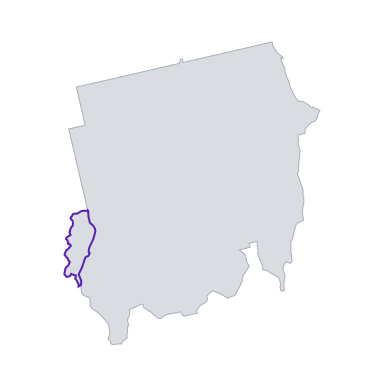 Western Darfur highlighted on a map of Sudan, rotated 347°
{"feature_id": "SDN-5858", "entity_name": "Western Darfur", "entity_type": "State", "adm_level": 1, "iso_a3": "SDN", "parent_name": "Sudan", "parent_adm1": "", "projection": "robinson", "projection_center": [22.739, 13.89], "detail": "fine", "context": "in_parent", "style": "outline", "palette": "violet", "viewbox_px": 384, "rotation_deg": 347, "n_neighbors": 0, "source": "natural_earth", "source_scale": "10m", "svg_char_len": 5521}
<svg xmlns="http://www.w3.org/2000/svg" viewBox="0 0 384 384"><g transform="rotate(347 192 192)"><path d="M259.9,308.7L256.7,308.7L256.3,307.8L256.3,305.4L256.7,303.7L257.9,300.9L257.5,299.3L257.7,297.1L256.8,294.6L249.1,287.4L247.5,285.4L243.4,283.6L244.1,281.5L242.2,266.8L243.1,265.1L243.3,262.5L243.2,260.2L244.2,256.4L244.3,254.8L236.1,254.7L236.0,256.4L236.4,258.2L236.4,258.9L225.0,259.0L229.6,264.7L229.8,267.3L229.6,270.4L229.7,272.5L230.0,273.8L231.2,276.4L231.1,276.9L230.9,277.5L222.8,285.2L221.5,288.8L220.5,290.7L218.1,293.8L210.8,302.1L209.6,302.6L204.0,302.9L203.4,303.1L203.0,303.5L202.8,303.4L197.9,298.6L189.8,292.7L184.4,295.8L183.0,296.9L183.0,299.7L182.2,301.1L180.7,302.7L176.8,303.7L174.7,304.5L172.3,306.1L169.9,308.7L169.7,310.1L170.0,311.3L156.3,311.3L155.4,310.3L153.4,305.9L152.0,306.2L139.5,305.7L137.7,306.1L134.2,307.9L132.4,308.2L130.5,307.4L124.0,298.8L122.5,297.8L121.1,295.7L119.7,294.8L119.2,294.2L119.0,293.3L119.1,291.4L118.6,290.2L117.6,289.9L108.8,291.9L107.5,291.7L105.6,292.1L105.0,292.4L104.3,293.5L104.1,295.9L103.9,297.1L103.3,298.4L100.7,301.3L100.2,302.6L100.3,305.8L100.2,307.4L99.8,308.1L98.7,309.4L98.3,310.1L97.8,314.2L96.5,316.7L96.2,317.6L96.1,319.4L95.9,319.9L91.9,321.3L90.4,322.2L89.5,323.6L89.3,324.2L87.5,323.7L85.4,323.4L81.2,322.9L79.6,322.3L78.8,321.3L79.0,318.8L78.6,318.3L77.9,317.8L77.5,316.7L77.6,315.4L79.8,312.6L80.2,311.0L80.8,303.8L80.6,301.6L78.9,297.6L74.9,290.6L73.9,289.2L68.9,283.5L68.3,282.6L67.1,280.2L68.4,274.9L68.5,273.4L68.2,271.9L66.9,270.7L65.8,270.6L64.3,269.2L63.4,268.5L62.5,267.3L61.9,265.5L62.3,259.3L62.0,258.4L60.8,258.2L60.5,257.8L60.5,256.6L59.8,253.0L59.1,250.0L59.5,248.4L58.4,246.2L56.4,245.2L52.4,246.0L51.2,245.8L50.3,245.4L49.7,244.6L49.4,243.6L49.7,242.2L50.8,239.5L52.2,237.3L55.1,235.3L55.9,234.3L56.3,233.1L56.4,231.8L56.2,230.3L55.9,229.0L55.0,227.3L54.2,225.3L54.2,223.9L54.6,222.9L55.4,221.8L58.2,219.4L61.1,217.5L61.6,216.9L61.4,216.0L60.1,214.5L59.7,211.4L58.9,209.3L60.4,207.6L61.5,207.1L63.2,206.6L63.9,205.9L64.1,204.6L64.0,203.4L64.6,202.5L65.5,200.5L66.1,199.6L68.3,197.3L68.8,195.8L69.0,194.4L68.4,190.1L69.7,188.3L71.3,186.8L73.6,186.9L77.3,186.5L79.8,185.9L81.6,185.9L85.6,186.7L86.1,186.4L86.3,185.2L86.1,102.9L102.8,102.9L103.0,102.8L102.9,63.8L208.1,63.8L208.9,63.7L210.5,60.1L211.2,59.8L212.3,60.0L212.7,60.8L211.9,63.8L303.7,63.8L304.0,68.3L304.8,71.8L307.5,76.9L309.8,79.6L310.6,81.2L310.7,81.9L310.6,82.5L309.9,81.8L308.8,81.2L308.7,83.6L309.3,88.5L310.3,91.9L309.8,95.1L310.0,100.4L311.3,106.9L311.1,111.0L313.2,120.5L315.2,125.9L316.3,127.2L317.4,127.9L319.6,128.3L323.0,131.0L325.6,133.9L326.6,135.4L327.8,137.0L328.7,136.7L329.2,136.3L330.1,137.6L334.2,140.4L334.9,141.8L333.4,143.1L331.8,145.3L331.0,147.4L330.6,148.1L329.2,149.4L329.0,150.0L328.4,150.4L327.8,150.4L326.4,151.1L325.1,150.9L323.9,151.3L323.4,151.8L322.4,152.2L321.0,152.5L318.9,154.2L317.1,155.1L316.5,155.8L315.6,159.3L314.9,160.2L312.1,160.3L310.8,160.6L308.9,160.2L308.0,160.3L307.8,161.0L307.5,164.0L307.6,165.3L306.1,168.7L306.7,175.2L305.3,180.0L305.1,181.1L303.7,184.9L302.9,186.3L301.1,193.4L300.4,195.6L298.8,197.9L300.7,215.0L299.4,220.2L299.5,223.1L298.6,227.3L297.9,229.3L296.7,231.6L295.6,234.3L294.8,237.7L294.3,244.3L294.0,244.9L289.1,245.7L287.5,246.2L286.5,246.9L285.3,248.6L282.8,253.2L281.5,256.0L279.5,259.9L277.2,262.7L276.7,264.0L276.3,266.5L275.5,270.4L274.7,273.2L274.8,275.5L274.1,279.4L274.3,281.3L273.4,282.3L272.3,283.3L271.5,283.6L268.1,281.0L265.7,282.8L264.2,285.3L263.1,287.8L263.8,293.2L263.8,294.4L263.4,295.7L261.2,301.0L260.6,303.4L259.9,307.7L259.9,308.7Z" fill="#d9dde1" stroke="#a8b0b8" stroke-width="1"/><path d="M86.1,187.0L86.3,186.4L86.6,186.8L85.5,193.3L85.6,194.3L85.6,197.2L85.6,198.4L85.9,199.5L86.3,200.1L87.2,201.1L87.8,202.1L88.3,203.1L88.8,204.4L89.2,206.1L89.2,207.0L89.2,207.7L89.0,208.4L88.8,209.1L85.1,215.9L79.7,222.6L78.5,225.0L77.9,227.0L77.9,227.9L78.1,228.5L78.5,228.7L76.5,231.1L74.4,231.3L73.2,232.0L67.8,240.8L63.1,246.7L64.1,253.7L62.9,257.7L62.6,257.8L62.4,257.7L61.7,257.8L60.6,258.2L60.4,258.4L60.2,258.5L60.7,256.3L60.7,256.1L60.7,255.9L60.6,255.6L59.4,251.3L58.8,250.3L58.8,250.0L59.2,249.4L60.0,247.1L59.8,246.9L58.0,246.2L55.9,244.6L55.4,245.4L54.9,246.0L54.2,246.4L53.4,246.6L52.7,246.7L52.0,246.7L51.3,246.6L50.7,246.3L50.3,245.9L49.7,244.5L49.2,243.8L49.1,243.6L49.4,242.8L49.9,241.4L51.3,238.4L51.8,237.6L52.4,237.0L52.7,236.8L54.5,236.0L54.8,235.8L56.4,233.9L57.0,233.0L57.1,232.2L56.9,231.8L56.3,230.9L56.1,230.5L56.0,230.1L56.0,229.0L55.7,228.2L54.7,227.1L54.4,226.3L54.4,225.9L54.4,225.6L54.3,225.3L54.1,224.9L53.7,224.5L53.7,224.3L54.1,223.5L55.5,221.6L55.7,221.3L56.1,220.9L56.6,220.5L59.3,219.1L59.6,218.8L60.2,218.1L60.6,217.9L61.1,217.8L61.5,217.6L61.7,217.3L61.8,216.7L61.7,216.1L61.5,215.7L61.2,215.5L60.2,215.3L59.9,215.1L59.7,214.8L59.6,214.4L59.5,214.2L59.7,213.7L59.8,213.6L60.0,213.5L60.1,213.4L60.1,213.1L59.9,212.9L59.7,210.8L59.5,210.6L59.0,210.1L58.6,209.4L58.9,208.7L59.6,208.1L60.4,207.7L63.8,206.7L64.0,206.6L64.1,206.3L64.0,206.1L63.8,205.5L63.7,205.1L63.5,204.1L63.5,203.6L63.7,203.3L64.3,202.8L64.6,202.4L64.7,202.1L64.7,201.8L64.8,201.3L65.0,200.9L66.6,199.1L66.9,198.8L67.3,198.5L67.9,198.3L68.0,198.1L68.8,196.5L68.9,196.1L69.1,193.8L69.1,193.2L68.9,192.6L68.6,192.0L68.2,191.6L67.9,191.1L67.8,190.5L67.9,189.9L68.2,189.5L69.6,188.5L70.7,187.1L71.1,186.7L71.5,186.7L72.3,186.6L75.0,187.2L76.2,187.0L78.5,186.1L79.6,185.8L81.6,185.8L83.6,186.2L85.6,187.0L86.1,187.0Z" fill="none" stroke="#5b21b6" stroke-width="2"/></g></svg>